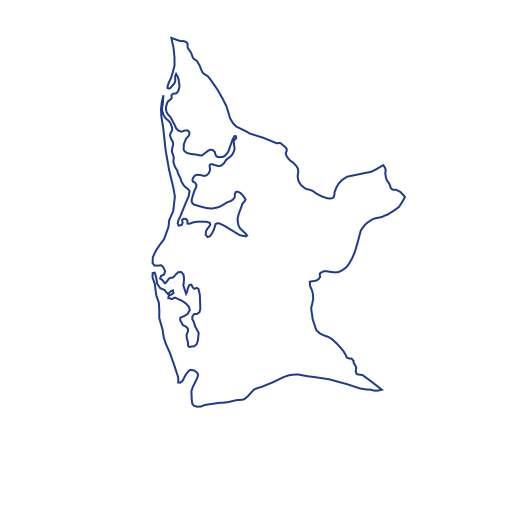 Etimbouè, Ogooué-Maritime, Gabon (Robinson projection), rotated 26°
{"feature_id": "22940354B22587364924270", "entity_name": "Etimbouè", "entity_type": "district", "adm_level": 2, "iso_a3": "GAB", "parent_name": "Gabon", "parent_adm1": "Ogooué-Maritime", "projection": "robinson", "projection_center": [9.502, -1.676], "detail": "fine", "context": "isolated", "style": "outline", "palette": "blue", "viewbox_px": 512, "rotation_deg": 26, "n_neighbors": 0, "source": "geoboundaries", "source_scale": "gbopen_adm2", "svg_char_len": 6149}
<svg xmlns="http://www.w3.org/2000/svg" viewBox="0 0 512 512"><g transform="rotate(26 256 256)"><path d="M427.7,321.0L413.9,318.1L403.8,316.3L401.5,317.2L398.3,318.0L396.3,316.2L394.9,312.2L393.0,310.7L390.8,309.4L389.7,307.6L386.9,306.3L384.7,307.3L382.0,307.4L379.6,305.3L376.4,303.3L371.2,300.9L366.7,299.2L361.0,297.5L356.8,297.0L352.0,297.6L347.4,297.6L343.2,296.4L341.1,294.7L334.4,287.7L332.5,284.7L329.7,280.8L328.2,277.9L327.4,274.0L326.1,269.2L323.4,264.7L321.3,262.3L318.8,260.2L317.1,258.3L315.6,255.5L320.9,251.8L322.5,249.1L322.8,246.6L321.8,245.4L321.1,243.8L321.7,242.4L323.7,239.9L326.5,238.6L330.4,237.5L333.7,236.3L336.7,234.7L338.9,232.3L340.9,228.9L342.3,226.0L343.0,222.1L343.4,216.4L343.2,211.0L342.7,206.7L341.1,197.6L339.1,187.6L339.2,185.4L340.4,179.8L341.4,177.4L344.0,172.9L345.4,171.1L347.6,169.1L350.0,167.4L352.5,165.3L353.8,163.4L355.9,161.4L360.1,154.7L363.0,149.2L363.7,143.6L363.9,140.9L363.9,137.6L361.1,136.4L357.6,135.1L352.8,135.1L350.5,136.3L348.4,136.3L346.7,135.2L344.9,133.2L343.0,131.9L340.7,130.8L338.1,128.2L336.0,125.1L334.8,121.8L333.0,119.9L330.5,118.6L325.6,126.0L322.7,129.7L303.1,144.8L299.9,150.2L298.6,154.5L298.2,158.6L298.6,164.3L299.5,166.2L300.1,169.1L298.9,170.9L296.7,172.2L294.6,172.9L289.2,173.6L282.6,173.4L278.8,172.7L276.4,172.8L273.8,173.2L272.3,173.7L269.9,173.6L265.9,172.7L263.3,171.3L261.7,170.3L259.7,167.9L258.4,165.9L256.9,161.4L255.5,159.2L253.0,157.5L248.1,155.7L245.0,155.3L242.4,154.3L239.6,152.7L237.6,150.6L237.6,148.5L236.7,146.3L234.1,145.1L232.6,144.9L228.7,143.8L227.0,144.4L225.3,145.6L210.3,146.6L196.6,148.7L192.4,148.3L181.5,148.3L176.8,146.6L172.0,143.3L168.7,139.6L163.7,134.3L157.4,129.5L148.7,123.5L138.0,117.5L133.7,115.5L130.1,115.2L127.8,114.7L126.0,113.3L121.3,109.1L118.4,107.3L117.0,106.5L114.4,106.2L112.5,105.6L108.7,101.9L103.8,99.1L102.6,97.8L101.4,95.0L98.9,94.2L96.1,94.8L94.7,95.7L91.7,96.3L84.3,97.1L90.5,104.9L95.6,113.1L99.3,120.6L100.8,128.0L101.6,133.7L101.6,137.6L102.0,142.1L102.9,143.9L104.6,143.6L105.6,142.1L107.0,136.2L106.7,134.1L104.5,129.7L104.4,127.4L107.1,129.2L109.1,131.3L112.7,136.7L113.7,140.4L113.6,143.1L113.1,144.6L111.7,145.7L110.5,146.4L109.7,147.8L109.7,148.9L110.6,150.3L111.0,151.5L110.1,153.8L109.2,155.4L109.1,157.5L109.7,161.2L110.6,163.4L112.5,165.8L114.8,167.3L118.5,168.8L126.5,174.7L128.0,176.1L130.6,177.2L132.5,177.2L134.6,176.9L136.7,174.7L139.1,173.2L141.1,173.5L142.4,174.7L142.9,177.2L141.7,181.3L142.2,187.2L144.2,191.9L145.2,192.8L147.4,193.5L149.4,193.6L152.8,192.8L157.1,191.3L161.6,190.1L163.4,189.2L166.7,182.6L168.0,180.7L169.9,179.9L171.3,179.9L173.3,180.5L175.0,182.5L176.2,183.5L177.4,183.8L179.0,183.6L182.9,181.4L184.2,179.3L184.9,177.1L185.3,174.1L183.9,161.7L183.9,159.9L184.2,157.6L185.1,157.1L185.8,157.5L186.5,158.6L186.3,159.7L185.6,161.5L185.6,162.6L189.9,169.3L190.3,172.7L190.2,175.2L189.6,177.3L187.0,182.8L186.6,186.5L185.6,189.0L184.5,190.6L182.9,191.6L179.1,192.4L176.3,192.7L174.9,193.6L174.5,194.5L175.2,196.1L176.5,197.7L177.2,199.9L177.2,202.8L175.9,205.6L174.2,206.8L170.5,207.6L166.9,209.1L165.6,211.1L165.3,213.0L165.5,215.6L166.5,216.7L168.9,216.7L171.2,218.1L172.1,220.5L172.0,224.4L173.3,232.7L174.1,235.0L176.0,236.7L178.1,236.9L185.3,235.7L190.5,234.6L195.3,232.8L198.4,230.6L201.2,228.3L203.1,225.8L207.0,219.8L209.1,217.9L210.7,215.0L211.1,212.5L209.8,209.4L209.9,207.2L211.4,206.2L214.3,206.2L216.8,207.0L220.1,208.6L221.9,210.0L221.6,212.6L220.9,214.6L222.0,225.6L223.1,230.7L225.0,233.7L226.9,236.3L229.8,238.3L236.4,240.3L239.0,241.5L238.1,242.9L232.3,244.4L214.0,242.7L208.9,242.8L207.0,243.4L205.7,244.9L206.6,250.9L206.5,255.5L205.8,258.6L204.2,260.2L201.4,258.9L200.2,255.7L200.3,252.9L200.9,250.6L201.2,248.0L200.0,246.5L196.6,246.9L190.3,249.8L187.8,251.2L184.9,253.2L182.2,256.1L180.2,256.9L178.7,254.1L176.7,253.4L174.7,254.3L173.7,255.9L175.5,258.4L175.7,260.5L173.3,262.6L171.3,261.0L170.6,257.9L170.6,254.0L169.5,238.1L169.4,232.6L167.8,226.6L165.2,225.6L162.3,225.0L160.1,224.2L156.5,221.9L154.0,219.3L149.4,215.7L148.0,213.9L144.0,211.3L140.5,207.7L138.8,203.3L134.4,198.7L133.3,195.2L132.7,192.1L130.9,189.5L128.6,188.2L125.7,185.2L125.4,182.7L125.5,179.7L124.4,177.5L120.7,174.0L118.5,172.9L115.3,172.1L113.3,171.3L111.3,170.0L108.0,166.6L106.7,164.3L105.4,159.9L102.3,152.1L104.0,159.3L106.3,165.8L109.7,172.0L116.7,181.9L128.1,200.1L139.9,216.4L152.2,231.4L157.0,238.1L161.9,251.8L162.3,261.9L164.6,268.2L166.0,281.4L164.8,287.2L163.7,294.6L163.8,302.3L166.2,307.8L169.0,309.1L172.9,307.2L174.7,305.9L177.3,306.6L180.9,309.4L181.5,312.9L179.4,315.6L179.7,318.3L182.5,318.7L186.1,320.5L186.7,319.7L187.7,314.4L189.1,312.8L190.9,311.7L191.9,308.2L193.0,304.9L195.7,303.2L198.9,304.4L201.2,307.8L202.7,311.5L203.5,314.2L209.7,320.6L209.7,318.5L208.9,314.6L208.8,311.3L210.4,310.1L213.2,312.1L215.1,312.5L216.6,310.7L218.6,310.7L222.3,315.2L224.3,318.8L229.2,328.1L229.8,331.2L228.4,333.9L225.8,335.4L225.3,338.2L226.4,340.7L229.1,342.6L232.1,345.9L238.2,350.3L240.8,357.3L241.3,361.4L240.0,364.3L238.4,365.2L236.0,367.0L234.6,366.7L232.0,362.5L230.0,360.5L228.1,357.3L227.9,353.7L226.6,351.0L223.2,350.1L220.7,350.3L216.0,346.9L215.0,344.6L218.0,341.2L220.0,338.0L220.2,333.6L218.0,331.1L214.1,329.5L209.1,328.7L201.3,328.9L199.4,331.5L195.6,332.2L195.0,329.6L196.9,327.7L198.1,325.6L196.4,323.3L194.9,325.2L193.5,328.7L190.4,327.6L189.0,326.6L184.0,326.9L179.4,324.3L175.8,319.2L172.3,315.4L170.6,316.6L172.3,320.5L177.3,325.5L183.6,335.1L189.1,340.5L192.8,347.0L196.2,354.1L204.1,362.9L208.9,369.8L213.5,374.5L220.7,380.5L230.1,389.7L239.1,399.0L241.4,403.2L241.5,403.8L243.4,403.1L244.7,400.5L244.9,393.5L245.9,388.7L247.2,387.0L250.4,386.0L254.3,386.7L256.1,388.2L256.7,392.2L256.6,401.4L257.2,405.8L261.0,412.9L262.3,415.0L263.8,417.0L266.1,417.8L269.0,417.3L272.3,415.6L275.4,412.2L287.7,403.9L290.5,402.4L294.7,399.8L301.5,394.2L306.9,391.1L308.5,389.4L310.3,385.1L312.6,377.2L314.6,374.7L318.4,371.2L326.7,361.9L333.5,353.2L337.7,348.9L341.2,346.5L345.3,344.2L355.9,341.2L361.6,339.2L376.0,334.7L394.0,331.3L407.5,329.5L413.9,327.5L417.3,326.0L421.6,325.1L424.8,323.4L427.7,321.0Z" fill="none" stroke="#1e3a8a" stroke-width="2"/></g></svg>